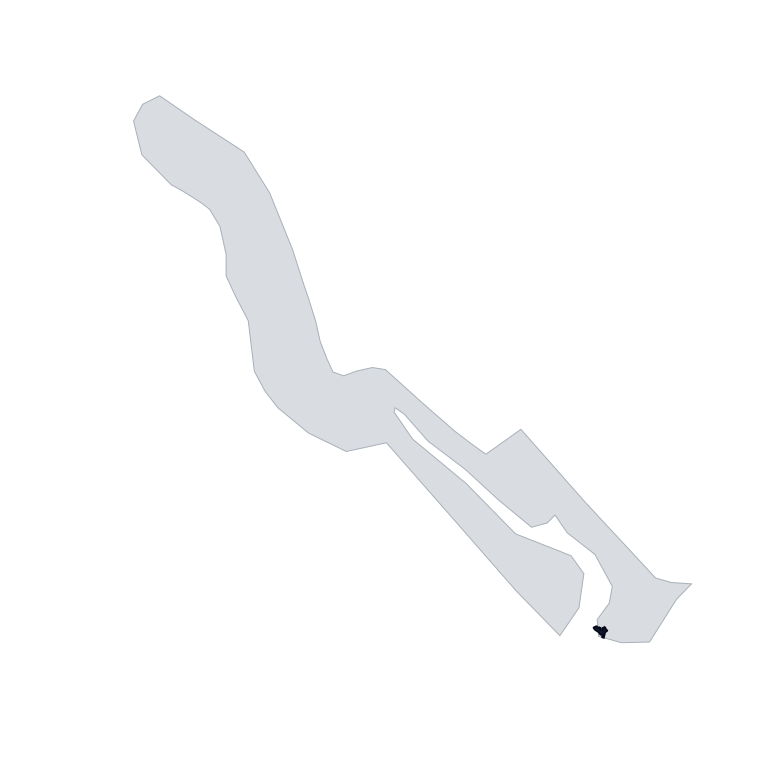 location of Jeshwang, Banjul, Gambia, rotated 228°
{"feature_id": "56634734B33214654746760", "entity_name": "Jeshwang", "entity_type": "district", "adm_level": 2, "iso_a3": "GMB", "parent_name": "Gambia", "parent_adm1": "Banjul", "projection": "mercator", "projection_center": [-16.661, 13.451], "detail": "fine", "context": "in_parent", "style": "filled", "palette": "ink", "viewbox_px": 768, "rotation_deg": 228, "n_neighbors": 0, "source": "geoboundaries", "source_scale": "gbopen_adm2", "svg_char_len": 3010}
<svg xmlns="http://www.w3.org/2000/svg" viewBox="0 0 768 768"><g transform="rotate(228 384 384)"><path d="M79.3,346.3L141.8,343.8L217.5,344.9L299.9,346.0L338.7,346.5L359.1,310.8L397.9,295.1L437.6,289.2L458.2,290.8L480.1,296.1L521.9,325.5L548.0,332.2L570.0,339.0L585.8,353.3L610.8,367.5L630.5,371.3L642.2,369.1L661.7,363.6L674.5,359.2L716.3,357.4L747.0,373.8L753.4,391.8L748.3,410.1L707.0,420.0L649.9,435.3L602.6,426.9L545.1,406.0L511.5,390.9L497.5,384.9L476.5,375.3L458.2,365.0L440.5,358.3L427.0,354.1L417.1,359.5L412.0,372.2L404.0,386.4L393.7,394.7L345.5,399.7L302.3,404.9L279.1,409.3L263.6,412.7L258.7,455.4L209.7,454.9L161.6,454.4L111.7,455.2L58.0,456.0L44.2,464.7L29.7,478.8L28.3,457.4L14.6,408.7L32.9,387.3L52.9,374.7L66.3,384.8L70.4,404.7L80.7,418.2L116.0,426.7L150.9,420.6L172.2,423.4L171.5,412.4L178.8,397.8L221.2,391.5L266.0,387.3L312.1,378.5L348.1,378.9L358.9,376.4L356.3,372.7L323.9,368.4L254.8,378.5L184.5,381.5L131.2,408.1L109.3,405.6L87.2,379.1L79.3,346.3Z" fill="#d9dde1" stroke="#a8b0b8" stroke-width="1"/><path d="M48.1,377.5L48.4,377.9L48.7,378.3L49.1,379.0L49.3,379.2L49.5,379.5L49.7,379.9L50.0,380.3L50.2,380.6L50.3,380.8L50.5,381.0L50.7,381.4L51.1,381.9L51.4,382.3L51.5,382.4L51.5,382.5L51.4,382.7L51.4,382.9L51.3,383.2L51.2,383.3L51.2,383.5L51.1,383.8L51.1,384.3L51.1,384.5L51.2,384.9L51.3,385.0L51.5,385.2L51.8,385.1L52.0,385.1L52.2,384.9L52.3,384.9L52.6,384.8L52.6,385.0L52.6,384.9L52.8,384.9L53.0,384.9L53.3,385.0L53.4,384.9L53.6,384.9L53.8,384.9L53.9,385.0L54.0,385.0L54.2,385.3L54.3,385.3L54.5,385.4L54.8,385.4L54.8,385.5L55.0,385.5L55.0,385.4L55.3,385.4L55.2,385.3L55.3,385.2L55.5,385.1L55.5,384.9L55.8,384.8L56.0,384.8L56.1,384.7L56.2,384.4L56.3,384.2L56.3,383.9L56.3,383.7L56.4,383.4L56.4,383.2L56.2,383.2L56.2,382.9L55.9,382.9L55.9,382.7L56.0,382.7L55.9,382.6L55.9,382.4L55.8,382.2L55.7,382.3L55.6,382.2L55.4,382.1L54.9,381.9L55.4,381.7L55.8,381.4L56.6,381.1L56.6,380.9L56.6,380.7L56.9,380.7L57.0,380.8L57.2,380.7L57.3,380.8L57.2,381.0L57.3,381.2L57.5,381.1L57.5,380.9L57.8,380.8L57.8,381.1L57.7,381.2L57.7,381.3L57.8,381.5L58.0,381.7L58.3,381.3L58.4,381.1L58.5,381.0L58.7,381.3L58.8,381.4L59.3,381.2L59.5,381.0L59.6,380.6L59.9,380.3L60.0,380.2L60.6,380.1L61.5,380.1L61.9,379.9L62.0,379.7L62.2,379.4L62.3,379.1L62.4,378.5L62.4,378.4L62.6,378.0L62.6,377.7L62.8,377.3L62.8,377.1L62.8,376.8L62.8,376.7L62.6,376.5L62.3,376.4L61.9,376.4L61.5,376.3L61.4,376.3L61.2,376.3L60.9,376.2L60.5,376.2L60.3,376.2L60.1,376.2L59.9,376.2L58.6,376.6L58.3,376.6L58.1,376.7L57.0,377.0L56.9,377.0L56.6,377.1L56.3,377.3L56.1,377.3L56.0,377.5L55.9,377.5L55.8,377.4L55.6,377.4L55.3,377.3L55.1,377.2L54.5,377.1L54.3,377.0L53.5,377.1L52.8,377.1L52.6,377.3L52.3,377.6L51.9,378.0L51.5,378.3L51.9,378.7L51.6,378.9L51.6,379.0L51.3,379.2L51.2,379.1L50.9,378.7L50.7,378.5L50.5,378.2L50.4,378.2L50.2,377.9L50.3,377.9L50.4,377.7L50.5,377.7L50.7,377.4L50.6,377.1L50.4,376.9L49.9,376.5L49.7,376.5L49.2,376.8L48.8,377.0L48.6,377.2L48.1,377.5L48.1,377.5Z" fill="#0f172a" stroke="#020617" stroke-width="1.5"/></g></svg>